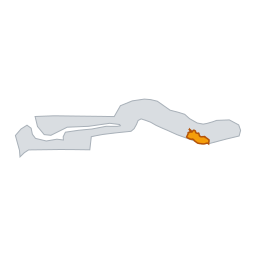 Jimara, Upper River, Gambia shown in context
{"feature_id": "56634734B42913132832661", "entity_name": "Jimara", "entity_type": "district", "adm_level": 2, "iso_a3": "GMB", "parent_name": "Gambia", "parent_adm1": "Upper River", "projection": "mercator", "projection_center": [-14.409, 13.327], "detail": "fine", "context": "in_parent", "style": "filled", "palette": "amber", "viewbox_px": 256, "rotation_deg": 0, "n_neighbors": 0, "source": "geoboundaries", "source_scale": "gbopen_adm2", "svg_char_len": 3172}
<svg xmlns="http://www.w3.org/2000/svg" viewBox="0 0 256 256"><path d="M35.1,116.5L54.1,115.8L77.2,116.1L102.3,116.4L114.2,116.6L120.4,105.7L132.2,100.9L144.3,99.1L150.6,99.6L157.3,101.2L170.1,110.2L178.0,112.2L184.7,114.3L189.5,118.6L197.2,123.0L203.2,124.1L206.7,123.5L212.7,121.8L216.6,120.4L229.3,119.9L238.7,124.9L240.6,130.4L239.1,136.0L226.5,139.0L209.1,143.6L194.7,141.1L177.1,134.7L166.9,130.1L162.6,128.3L156.2,125.4L150.6,122.2L145.2,120.2L141.1,118.9L138.1,120.5L136.5,124.4L134.1,128.7L131.0,131.3L116.3,132.8L103.1,134.4L96.0,135.7L91.3,136.7L89.8,149.8L74.9,149.6L60.2,149.5L45.0,149.7L28.6,149.9L24.4,152.6L20.0,156.9L19.5,150.4L15.4,135.5L21.0,129.0L27.0,125.2L31.1,128.2L32.4,134.3L35.5,138.4L46.3,141.0L56.9,139.2L63.4,140.0L63.2,136.7L65.4,132.2L78.4,130.3L92.0,129.0L106.1,126.3L117.1,126.4L120.4,125.7L119.6,124.5L109.7,123.3L88.6,126.3L67.2,127.2L50.9,135.3L44.2,134.6L37.5,126.5L35.1,116.5Z" fill="#d9dde1" stroke="#a8b0b8" stroke-width="1"/><path d="M204.5,136.5L204.1,136.6L203.8,136.6L203.2,136.7L202.7,136.7L202.3,136.7L201.8,136.8L201.7,136.8L201.3,136.8L201.0,136.8L200.6,136.6L200.3,136.5L200.3,136.4L200.2,136.4L199.8,136.2L199.7,136.1L199.5,135.9L199.5,135.7L199.4,135.6L199.3,135.2L199.2,135.1L199.1,134.8L199.1,134.5L199.0,134.2L198.9,133.9L198.9,133.7L198.8,133.3L198.6,133.1L198.4,133.1L198.1,133.2L197.8,133.3L197.6,133.3L197.3,133.3L197.2,133.3L196.7,133.1L196.3,133.0L196.2,132.9L195.9,132.7L195.7,132.6L195.7,132.4L195.6,132.0L195.5,131.6L195.5,131.3L195.4,131.1L195.0,130.7L194.7,130.6L194.3,130.3L194.1,130.3L193.8,130.2L193.7,130.3L193.2,130.5L192.8,131.0L192.6,131.1L192.4,131.4L192.3,131.6L192.0,131.9L191.9,132.1L191.7,132.1L191.4,131.9L191.4,131.6L191.4,131.4L191.2,131.0L191.1,130.7L190.9,130.4L190.7,130.2L190.1,129.7L189.8,129.5L189.7,129.4L189.7,129.5L189.8,129.8L189.8,130.0L189.7,130.0L189.8,130.1L189.9,130.5L190.0,130.6L190.0,131.0L190.0,131.4L190.1,131.6L190.2,131.9L190.2,132.1L189.9,132.2L189.8,132.3L189.6,132.4L189.3,132.5L189.2,132.4L188.9,132.5L188.5,132.4L188.4,132.5L188.2,132.4L188.1,132.2L188.1,132.7L188.1,133.9L187.8,134.4L187.5,135.0L187.2,135.7L186.7,136.8L186.6,137.0L187.0,137.4L187.2,137.5L187.4,137.7L187.7,137.9L187.8,137.9L188.0,138.0L188.4,138.2L188.5,138.3L188.9,138.4L189.0,138.5L189.5,138.7L189.8,138.8L190.0,139.0L190.6,139.1L191.1,139.2L191.5,139.2L191.8,139.2L192.7,139.1L192.8,139.1L193.0,139.3L193.5,139.7L193.9,140.0L194.0,140.1L194.6,140.8L194.8,141.0L195.6,141.7L195.9,141.9L196.0,142.0L196.4,142.2L196.6,142.4L196.8,142.5L197.0,142.7L197.3,142.9L197.8,143.2L198.0,143.2L198.3,143.2L198.4,143.3L198.9,143.4L199.1,143.4L199.3,143.5L199.7,143.5L200.1,143.6L200.5,143.6L201.3,143.7L201.6,143.7L201.6,143.8L202.6,143.9L203.4,143.9L203.5,143.9L203.9,143.9L204.0,143.9L204.4,143.8L204.5,143.8L204.8,143.8L205.0,143.7L206.0,143.4L206.5,143.3L207.0,143.1L207.5,143.2L208.1,143.5L208.6,143.9L208.7,143.2L208.8,142.4L208.8,142.2L208.9,141.9L209.0,141.2L209.0,140.8L209.0,139.9L208.6,139.6L208.3,139.4L207.5,138.7L206.9,138.3L206.3,137.9L205.9,137.6L205.6,137.3L205.5,137.2L205.4,137.3L205.2,137.4L205.0,137.2L205.0,136.9L204.5,136.5Z" fill="#f59e0b" stroke="#b45309" stroke-width="1.5"/></svg>